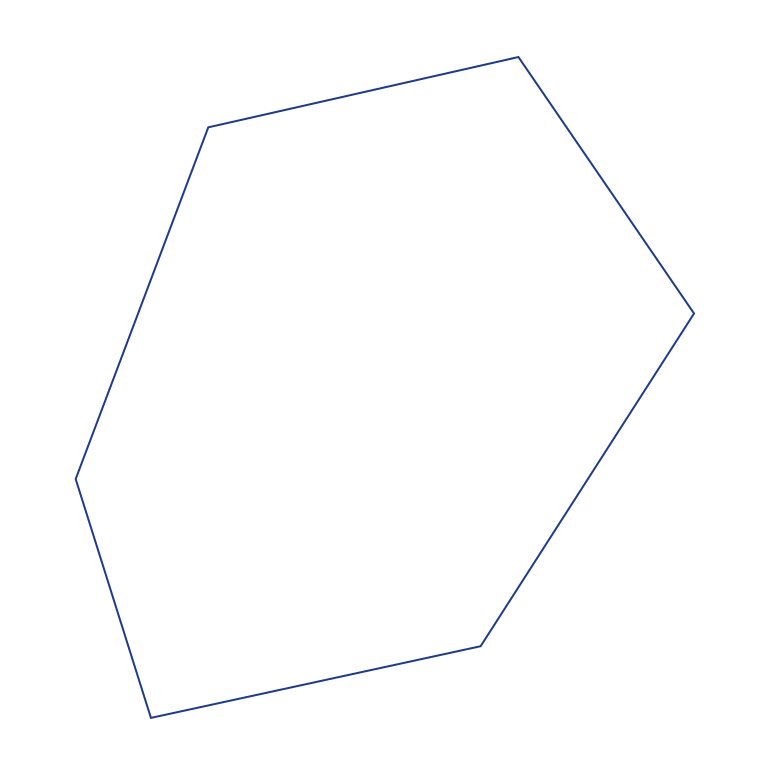 the border of San Marino, rotated 176°
{"feature_id": "SMR", "entity_name": "San Marino", "entity_type": "country or territory", "adm_level": 0, "iso_a3": "SMR", "parent_name": "Europe", "parent_adm1": "", "projection": "robinson", "projection_center": [12.465, 43.942], "detail": "fine", "context": "isolated", "style": "outline", "palette": "blue", "viewbox_px": 768, "rotation_deg": 176, "n_neighbors": 0, "source": "natural_earth", "source_scale": "50m", "svg_char_len": 248}
<svg xmlns="http://www.w3.org/2000/svg" viewBox="0 0 768 768"><g transform="rotate(176 384 384)"><path d="M541.4,652.3L227.1,700.8L69.8,432.7L305.9,115.7L639.8,67.2L698.2,310.7L541.4,652.3Z" fill="none" stroke="#1e3a8a" stroke-width="2"/></g></svg>